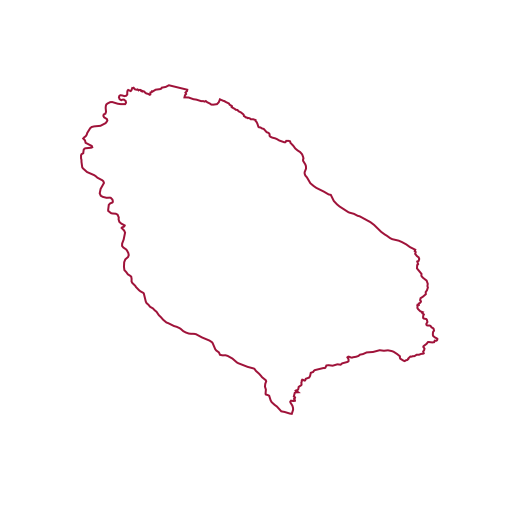 outline of Balibo, Bobonaro, East Timor, rotated 104°
{"feature_id": "22284137B63057021325797", "entity_name": "Balibo", "entity_type": "district", "adm_level": 2, "iso_a3": "TLS", "parent_name": "East Timor", "parent_adm1": "Bobonaro", "projection": "equal_earth", "projection_center": [125.004, -8.961], "detail": "fine", "context": "isolated", "style": "outline", "palette": "rose", "viewbox_px": 512, "rotation_deg": 104, "n_neighbors": 0, "source": "geoboundaries", "source_scale": "gbopen_adm2", "svg_char_len": 6070}
<svg xmlns="http://www.w3.org/2000/svg" viewBox="0 0 512 512"><g transform="rotate(104 256 256)"><path d="M211.4,103.0L210.1,108.8L208.4,113.0L207.2,117.7L206.6,121.2L206.7,128.0L206.2,130.2L204.7,133.9L204.0,136.2L202.3,140.4L197.3,148.9L195.5,153.1L192.4,165.0L192.4,167.1L191.4,171.2L191.3,175.9L191.1,177.1L187.7,187.0L186.3,189.9L183.8,193.8L178.6,198.2L178.7,200.4L177.1,205.8L175.3,214.0L174.1,217.1L172.3,220.8L167.4,225.6L166.0,227.6L164.4,228.7L162.9,229.1L159.1,228.6L156.7,229.3L155.2,230.3L152.4,233.2L151.5,233.6L150.5,233.7L150.1,233.5L148.9,234.0L146.8,235.4L146.0,236.1L144.5,238.3L143.5,241.2L142.2,243.9L140.1,246.4L137.9,249.9L136.5,250.7L136.4,252.1L137.0,254.5L138.5,255.0L138.8,256.1L138.3,261.4L137.5,264.0L137.2,265.9L137.2,268.9L136.8,270.9L136.1,271.9L134.6,272.3L134.0,272.8L133.5,273.8L133.3,275.6L130.8,279.3L130.8,281.0L130.2,282.7L130.4,284.2L130.1,284.9L127.4,286.6L126.0,287.7L125.0,289.1L124.2,289.3L124.0,291.9L124.6,294.1L124.0,295.2L123.9,296.6L124.3,297.6L123.8,298.5L124.0,299.5L123.4,300.5L123.1,301.6L122.1,302.0L121.6,302.6L120.3,305.4L119.8,307.9L118.8,309.3L119.0,311.1L118.4,312.2L117.6,315.2L117.3,315.7L116.7,315.5L116.3,315.7L115.6,318.2L114.6,319.1L113.7,323.4L113.3,323.9L113.4,325.3L113.2,325.9L113.0,327.6L112.7,328.9L115.8,329.3L118.1,330.6L119.5,334.1L119.9,336.0L119.2,337.7L118.6,340.6L117.8,342.2L118.6,343.1L118.5,344.7L119.0,346.6L118.7,351.7L119.0,354.7L118.5,359.8L119.4,363.8L117.2,363.8L115.7,363.0L114.5,364.0L112.6,362.8L111.3,362.9L111.4,381.8L113.8,384.5L115.5,388.2L116.5,388.4L117.3,389.5L118.9,393.6L121.2,395.9L121.3,396.7L121.9,396.6L122.9,398.0L124.8,397.6L125.3,398.1L124.8,399.9L124.8,401.8L124.2,403.3L123.5,404.1L123.4,405.5L123.9,405.9L123.8,407.0L123.3,406.9L123.3,407.3L122.8,408.1L123.1,409.5L123.7,410.0L123.0,411.2L123.5,411.8L123.6,413.7L122.4,415.4L122.9,415.8L122.9,416.7L125.4,417.0L126.3,417.5L125.8,420.2L126.5,420.6L127.9,420.6L130.5,420.0L131.9,420.7L132.7,422.3L132.6,424.7L132.8,426.5L133.7,427.3L135.2,427.4L136.9,426.2L137.4,424.4L136.7,423.6L136.2,422.1L137.1,420.0L138.7,419.2L140.3,419.7L141.4,424.2L141.7,427.0L141.4,432.7L142.0,434.7L143.9,436.9L145.2,437.9L146.8,438.0L148.7,437.7L152.4,436.4L154.4,436.6L155.5,438.0L157.0,438.0L158.2,436.9L159.2,433.8L160.5,433.0L161.7,433.3L163.5,434.1L167.3,438.4L169.4,444.4L170.6,446.7L172.1,447.8L177.4,449.5L179.3,449.6L181.0,450.2L182.3,451.3L183.8,452.1L185.2,449.9L187.4,448.7L189.0,441.9L190.1,441.2L190.8,442.1L192.8,447.7L193.4,448.4L194.6,448.9L198.1,448.5L199.4,449.9L200.7,450.1L203.5,449.4L205.0,448.6L206.9,448.1L211.9,446.1L212.8,445.2L215.4,440.3L216.7,432.6L217.3,430.9L218.4,428.8L219.7,423.5L220.4,422.2L221.9,421.2L228.5,423.0L233.0,422.8L235.1,421.2L235.7,418.9L235.7,415.1L234.7,411.8L234.7,411.0L235.9,409.1L236.5,408.6L238.1,408.0L238.9,408.3L240.2,410.2L242.0,411.2L247.1,410.6L248.0,410.3L249.5,407.0L249.5,405.8L248.9,402.3L249.4,400.3L251.8,398.5L253.7,398.2L255.9,396.9L257.1,394.7L258.1,390.8L259.2,391.0L260.9,393.1L261.3,393.2L263.2,390.1L265.0,388.7L272.1,388.4L276.3,388.9L278.6,388.4L279.8,386.9L281.0,383.7L281.7,382.7L283.9,380.7L285.9,379.7L287.9,379.9L290.9,382.0L293.9,382.4L298.4,381.5L301.5,380.3L303.0,378.0L304.8,375.9L305.6,373.4L306.2,372.1L308.2,371.2L310.8,370.6L312.0,369.6L314.2,365.9L315.2,364.9L317.5,361.2L318.2,359.7L319.1,356.3L319.5,355.8L326.9,351.9L328.2,350.8L329.3,348.6L330.9,346.5L331.8,343.3L333.1,341.3L334.2,339.0L336.9,336.0L338.4,333.4L340.3,330.7L342.2,326.8L342.4,324.9L343.8,318.6L343.9,315.8L344.5,312.7L345.0,311.3L346.5,308.4L347.2,305.6L347.5,302.4L347.2,300.2L346.5,297.2L346.4,295.3L348.1,288.6L349.3,280.7L350.3,277.9L351.0,277.0L356.3,273.0L357.3,271.7L358.5,268.7L360.6,267.0L360.5,264.6L359.7,261.5L359.8,259.3L361.2,254.1L363.9,248.8L364.3,247.4L365.6,237.3L365.7,230.9L365.9,230.2L367.5,228.3L369.5,224.5L371.2,222.0L372.1,220.9L374.2,216.4L375.1,215.8L377.8,216.1L380.6,215.7L383.2,214.1L387.4,213.4L388.0,213.0L388.1,210.9L388.4,209.4L392.5,206.9L394.0,205.5L395.9,202.0L397.0,199.3L400.6,193.9L400.4,190.5L400.7,185.0L400.5,183.1L396.3,182.8L394.5,183.3L392.4,184.5L389.8,187.2L389.0,187.5L387.9,187.0L387.7,184.7L387.1,183.2L386.5,183.3L386.1,184.2L385.1,184.5L384.5,183.9L384.0,183.8L383.3,184.5L383.1,185.3L379.4,185.3L378.7,184.4L378.0,182.1L377.5,183.2L377.5,184.1L377.1,184.9L376.6,184.5L376.1,183.3L375.2,182.8L372.6,182.9L370.4,180.8L369.8,180.7L367.7,181.4L366.8,181.2L365.6,181.5L364.8,181.2L364.8,180.3L365.2,178.9L364.8,178.2L363.1,178.0L361.1,175.0L359.2,174.5L356.1,174.6L354.7,172.5L353.3,172.0L352.5,171.3L348.4,163.5L348.1,162.2L347.7,161.7L345.2,161.2L344.4,159.2L343.9,155.1L341.4,150.8L341.0,147.6L339.3,146.4L336.6,141.5L335.7,140.8L334.6,141.0L333.7,141.3L332.2,142.8L331.5,142.3L331.2,141.7L331.5,139.1L331.4,138.3L330.8,137.4L329.6,134.6L328.2,132.4L326.6,131.3L325.3,128.5L322.8,125.3L320.8,119.2L317.5,113.2L317.0,108.9L315.6,105.2L315.4,101.3L315.6,99.4L317.0,95.3L318.5,92.1L319.8,91.8L320.7,91.2L321.9,87.5L322.0,86.3L320.9,85.3L320.4,84.2L319.2,83.3L318.7,83.5L316.2,81.9L316.0,80.6L315.4,79.9L314.8,78.0L312.9,76.2L312.4,74.0L311.0,72.0L310.4,70.3L309.9,69.7L308.2,70.7L306.8,70.1L305.1,70.1L303.7,71.7L302.9,71.6L299.9,69.2L298.0,68.4L297.7,67.7L297.2,63.9L296.5,62.3L294.9,62.1L294.7,60.8L294.4,60.3L293.7,59.9L292.6,59.9L292.2,60.6L291.7,62.8L290.7,64.8L289.8,65.3L288.0,65.7L286.8,65.8L285.4,65.2L283.6,66.1L283.2,66.7L282.8,68.4L281.6,69.8L281.5,70.8L281.9,72.3L281.9,73.5L281.4,74.1L280.6,74.3L278.5,73.7L276.4,74.9L276.0,75.5L276.1,78.1L275.6,78.9L273.7,79.3L272.1,79.0L271.4,80.6L271.0,81.0L270.2,80.6L269.9,83.2L268.3,85.9L267.3,86.9L265.9,87.0L265.2,87.5L264.3,87.5L264.1,86.2L262.8,86.6L261.8,85.5L260.5,84.9L260.0,85.0L259.1,86.1L257.1,86.1L255.1,84.2L252.0,82.0L250.0,82.6L247.8,81.8L245.0,81.6L243.7,82.4L241.5,82.6L238.6,84.5L236.9,88.4L235.7,90.3L235.0,90.8L233.3,91.1L229.1,96.8L225.9,97.4L225.3,97.3L225.0,96.8L224.7,96.7L222.3,98.2L221.4,97.0L219.4,96.9L218.0,97.8L217.1,99.9L215.4,102.1L213.6,102.0L213.1,102.4L212.8,103.2L211.4,103.0Z" fill="none" stroke="#9f1239" stroke-width="2"/></g></svg>